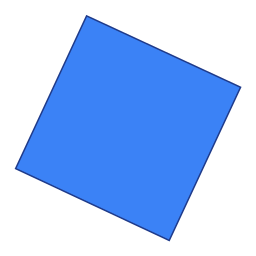 outline of Mahnomen, Minnesota, United States of America, rotated 25°
{"feature_id": "52423323B48035843667000", "entity_name": "Mahnomen", "entity_type": "district", "adm_level": 2, "iso_a3": "USA", "parent_name": "United States of America", "parent_adm1": "Minnesota", "projection": "mercator", "projection_center": [-95.81, 47.326], "detail": "fine", "context": "isolated", "style": "filled", "palette": "blue", "viewbox_px": 256, "rotation_deg": 25, "n_neighbors": 0, "source": "geoboundaries", "source_scale": "gbopen_adm2", "svg_char_len": 235}
<svg xmlns="http://www.w3.org/2000/svg" viewBox="0 0 256 256"><g transform="rotate(25 128 128)"><path d="M43.1,43.9L43.3,212.3L212.9,212.5L212.8,43.5L211.9,43.5L43.1,43.9Z" fill="#3b82f6" stroke="#1e3a8a" stroke-width="1.5"/></g></svg>